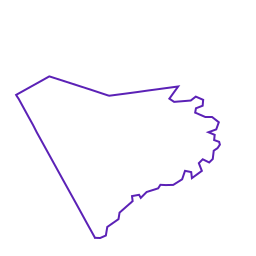 the district of Washington, Pennsylvania, United States of America, rotated 331°
{"feature_id": "52423323B65107112441077", "entity_name": "Washington", "entity_type": "district", "adm_level": 2, "iso_a3": "USA", "parent_name": "United States of America", "parent_adm1": "Pennsylvania", "projection": "equal_earth", "projection_center": [-80.184, 40.215], "detail": "fine", "context": "isolated", "style": "outline", "palette": "violet", "viewbox_px": 256, "rotation_deg": 331, "n_neighbors": 0, "source": "geoboundaries", "source_scale": "gbopen_adm2", "svg_char_len": 943}
<svg xmlns="http://www.w3.org/2000/svg" viewBox="0 0 256 256"><g transform="rotate(331 128 128)"><path d="M202.5,133.4L196.2,134.4L181.0,127.5L178.4,122.4L192.0,116.0L163.1,104.7L153.4,101.0L143.2,97.0L127.3,90.7L126.2,89.7L114.6,77.1L84.3,44.8L84.0,44.7L46.2,44.8L46.2,46.0L46.5,49.5L46.4,69.4L46.4,69.6L46.4,79.4L46.1,87.6L46.1,91.2L46.0,141.2L46.0,145.4L46.0,165.6L46.0,171.3L46.0,171.6L45.9,190.8L45.9,207.7L45.8,208.0L50.3,210.7L56.5,211.3L61.9,204.5L75.5,203.1L79.6,197.9L96.6,194.2L98.5,189.5L105.3,191.8L105.3,195.3L113.3,193.0L125.1,195.4L128.8,193.4L133.3,196.2L140.0,199.7L150.5,199.1L157.1,193.1L161.9,197.2L159.6,202.8L171.8,201.3L172.9,193.1L178.2,191.6L182.3,197.5L187.1,196.2L192.0,189.4L196.6,189.0L200.3,187.1L201.0,184.3L197.5,180.3L200.5,176.0L196.3,170.7L204.5,172.0L210.2,167.0L206.9,159.2L200.9,155.8L194.2,147.1L197.0,143.7L204.1,144.7L207.4,139.8L202.5,133.4Z" fill="none" stroke="#5b21b6" stroke-width="2"/></g></svg>